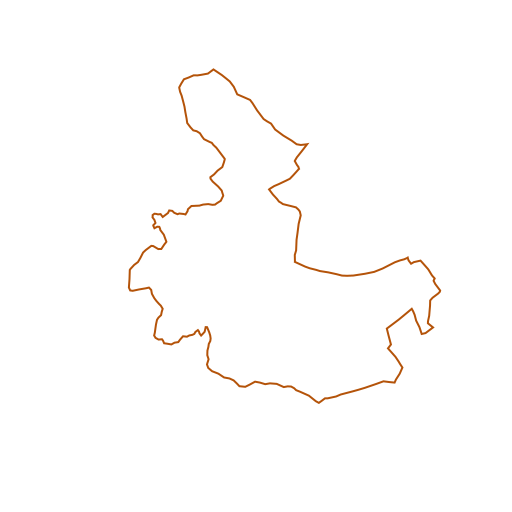 outline of Halabcha, As-Sulaymaniyah, Iraq, rotated 143°
{"feature_id": "34846034B67264073740881", "entity_name": "Halabcha", "entity_type": "district", "adm_level": 2, "iso_a3": "IRQ", "parent_name": "Iraq", "parent_adm1": "As-Sulaymaniyah", "projection": "natural_earth1", "projection_center": [45.937, 35.187], "detail": "fine", "context": "isolated", "style": "outline", "palette": "amber", "viewbox_px": 512, "rotation_deg": 143, "n_neighbors": 0, "source": "geoboundaries", "source_scale": "gbopen_adm2", "svg_char_len": 4236}
<svg xmlns="http://www.w3.org/2000/svg" viewBox="0 0 512 512"><g transform="rotate(143 256 256)"><path d="M135.8,163.4L136.3,163.4L139.7,164.2L143.6,165.8L148.8,167.4L162.4,169.8L171.2,172.2L179.6,176.2L190.0,181.8L195.2,185.4L199.1,188.6L202.6,193.0L208.2,199.5L214.0,205.5L216.3,208.7L220.5,213.9L223.1,217.9L228.5,227.9L228.2,228.2L224.6,233.2L224.4,233.5L220.5,236.4L220.2,236.8L214.3,244.0L214.0,244.4L208.8,249.6L202.6,256.0L196.0,261.4L195.8,261.6L195.7,261.8L194.2,265.2L194.2,267.6L194.8,270.8L198.4,275.3L200.7,278.1L203.3,281.3L203.9,283.3L204.9,285.7L204.9,288.9L205.5,294.9L205.5,298.1L205.5,300.9L205.5,301.3L205.2,301.3L203.9,301.3L199.4,300.9L194.5,299.7L186.7,298.1L182.5,297.3L177.6,298.1L173.4,298.9L169.4,299.7L169.2,299.7L169.1,300.1L168.5,301.7L168.5,304.1L167.9,308.3L167.9,308.5L167.6,308.7L164.0,310.2L156.2,312.2L148.6,314.3L147.9,314.5L148.3,314.7L153.4,317.7L156.3,320.8L158.1,326.7L161.7,335.7L164.6,345.5L164.3,352.7L166.1,356.8L167.5,360.8L167.5,364.4L167.5,371.6L166.8,380.2L166.8,384.2L170.1,390.1L173.7,396.4L171.9,404.5L171.9,411.2L173.0,415.7L174.4,421.1L177.7,430.6L177.8,430.6L184.6,430.6L190.8,433.7L194.1,435.5L197.0,437.8L202.5,439.1L207.2,440.5L211.9,438.7L215.8,436.9L216.1,436.5L217.8,432.8L218.9,428.8L221.1,423.4L223.2,418.4L225.8,413.5L228.7,407.6L230.9,403.6L230.9,398.2L230.5,394.1L228.3,391.4L226.9,387.8L227.2,383.8L227.2,380.6L224.3,374.8L223.2,373.0L223.2,370.3L222.5,366.2L222.5,359.0L222.5,352.4L222.8,352.0L225.4,350.0L229.4,347.3L235.3,347.3L240.4,346.4L245.0,346.4L245.3,346.0L245.8,345.1L245.8,343.3L245.8,341.5L244.4,334.3L244.0,328.9L244.7,327.1L245.7,324.2L245.8,324.0L246.0,323.8L250.9,321.3L255.6,321.7L257.8,321.7L260.0,323.1L262.9,326.2L267.3,328.9L270.9,330.3L277.5,334.8L282.2,334.3L283.7,333.0L287.3,331.6L288.4,333.0L291.7,336.1L293.5,336.6L295.3,339.7L295.7,342.4L297.9,344.6L300.4,343.3L304.8,343.3L307.0,343.3L307.0,346.9L309.2,348.2L310.3,349.6L311.7,350.9L313.9,350.9L314.2,350.5L315.0,349.5L315.4,349.1L315.4,346.0L316.3,343.2L316.4,342.9L316.6,342.8L319.5,342.4L319.8,342.0L320.4,339.3L317.2,338.8L315.7,337.5L316.1,335.7L316.8,334.3L316.8,328.5L318.9,321.6L319.0,321.3L319.2,321.2L322.3,320.4L327.4,318.6L329.9,320.4L331.0,323.1L332.1,325.8L333.5,327.1L337.2,327.1L340.5,327.1L344.1,326.7L349.6,324.0L353.9,322.2L358.7,322.2L362.5,321.5L363.1,321.4L363.8,321.3L365.2,320.8L371.0,313.6L376.5,307.3L377.2,304.2L375.4,302.4L369.6,299.7L363.4,296.5L360.5,295.2L360.1,292.0L361.9,288.4L362.6,283.5L362.6,279.9L362.3,276.3L361.9,273.6L362.3,270.0L364.8,268.2L367.4,265.9L371.0,265.5L373.5,264.6L377.2,261.4L383.0,255.6L385.2,253.8L385.5,251.1L384.1,247.9L381.2,246.1L381.2,244.3L381.9,241.6L379.7,239.4L376.8,236.3L373.2,235.8L369.9,234.0L367.0,234.9L362.6,235.8L359.7,233.1L357.1,232.7L354.2,231.3L352.1,230.9L350.2,231.8L347.0,231.8L347.0,230.0L347.7,228.2L347.7,225.5L345.1,225.9L342.6,226.4L340.0,228.6L339.0,229.5L337.9,228.6L338.6,225.9L339.3,223.2L340.4,220.1L341.9,217.4L343.7,215.6L346.6,214.2L348.8,212.0L351.7,209.7L354.6,206.1L356.0,202.1L360.4,198.9L361.5,195.3L360.4,190.4L357.3,185.4L356.8,184.5L354.6,178.2L350.9,174.2L348.7,170.1L348.0,165.6L347.6,162.0L343.3,158.0L338.6,157.1L332.4,156.2L329.1,152.6L325.8,148.1L321.5,145.9L316.4,141.4L312.7,134.6L309.1,132.8L306.5,130.6L305.1,127.4L304.7,124.7L302.5,121.1L297.8,112.6L295.6,104.0L294.2,100.9L291.2,100.8L286.6,100.8L284.4,99.2L276.6,95.6L271.7,94.4L263.9,91.2L260.5,89.8L254.9,87.6L248.4,85.2L237.4,81.6L229.6,79.2L225.4,75.1L221.5,71.5L218.6,73.1L212.1,75.5L206.2,78.8L205.9,83.2L205.6,86.0L205.3,91.6L206.2,102.8L201.5,104.1L197.8,113.2L195.2,119.3L189.0,119.3L180.3,119.3L171.2,119.7L163.4,120.1L163.8,117.2L164.7,113.6L167.0,108.0L168.3,100.8L170.6,94.0L167.0,92.4L163.8,92.4L157.6,92.4L159.2,98.8L157.9,100.4L153.7,104.0L146.9,111.6L143.7,115.6L143.1,115.8L140.1,116.4L137.2,116.4L133.0,116.4L130.7,116.8L129.7,117.6L129.7,118.9L129.7,120.0L129.7,121.3L129.7,122.5L129.7,124.4L129.7,125.7L129.1,129.3L127.8,130.1L126.9,130.4L126.8,130.5L126.9,131.7L127.1,133.8L127.1,134.5L127.1,135.1L126.5,141.1L126.5,141.7L126.5,142.4L127.1,150.1L127.4,153.3L133.6,156.1L136.8,156.5L136.8,157.8L136.8,159.3L136.8,160.6L136.3,162.2L135.8,163.4Z" fill="none" stroke="#b45309" stroke-width="2"/></g></svg>